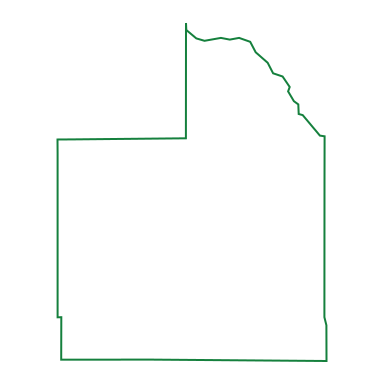 outline of Woodward, Oklahoma, United States of America
{"feature_id": "52423323B19175534214846", "entity_name": "Woodward", "entity_type": "district", "adm_level": 2, "iso_a3": "USA", "parent_name": "United States of America", "parent_adm1": "Oklahoma", "projection": "natural_earth1", "projection_center": [-99.212, 36.491], "detail": "fine", "context": "isolated", "style": "outline", "palette": "green", "viewbox_px": 384, "rotation_deg": 0, "n_neighbors": 0, "source": "geoboundaries", "source_scale": "gbopen_adm2", "svg_char_len": 502}
<svg xmlns="http://www.w3.org/2000/svg" viewBox="0 0 384 384"><path d="M57.5,139.5L57.6,153.5L57.6,317.3L61.3,317.2L61.2,359.7L149.9,359.6L326.5,361.0L326.4,325.3L324.4,317.2L324.5,183.6L324.6,136.3L319.9,135.6L302.7,115.1L298.7,114.0L298.3,104.4L293.9,101.2L288.1,91.4L289.7,87.0L282.6,76.5L273.1,73.3L267.7,62.8L255.7,52.3L250.2,41.8L239.1,37.9L229.8,39.6L220.9,37.9L204.5,40.8L196.3,38.4L186.3,30.0L186.0,23.0L185.9,138.3L72.5,139.4L57.5,139.5Z" fill="none" stroke="#15803d" stroke-width="2"/></svg>